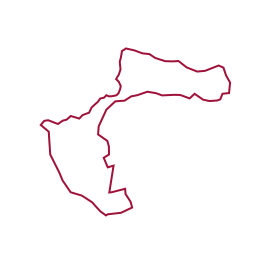 Milia Pafou, Paphos, Cyprus (Natural Earth projection), rotated 200°
{"feature_id": "46923920B8918300424858", "entity_name": "Milia Pafou", "entity_type": "district", "adm_level": 2, "iso_a3": "CYP", "parent_name": "Cyprus", "parent_adm1": "Paphos", "projection": "natural_earth1", "projection_center": [32.535, 34.912], "detail": "fine", "context": "isolated", "style": "outline", "palette": "rose", "viewbox_px": 256, "rotation_deg": 200, "n_neighbors": 0, "source": "geoboundaries", "source_scale": "gbopen_adm2", "svg_char_len": 1237}
<svg xmlns="http://www.w3.org/2000/svg" viewBox="0 0 256 256"><g transform="rotate(200 128 128)"><path d="M96.9,54.7L100.3,59.5L107.8,65.2L109.9,69.9L121.3,62.1L123.5,61.0L126.1,74.4L128.7,87.7L133.6,84.1L140.6,91.7L136.8,96.6L139.7,104.2L143.0,108.8L153.9,111.7L156.1,119.5L154.6,137.8L149.1,148.7L140.6,152.5L135.7,158.9L130.5,162.0L122.2,168.7L113.7,170.3L107.1,170.3L96.6,174.7L90.3,176.9L80.2,176.9L77.1,182.9L67.1,180.3L60.7,181.2L53.7,184.3L51.1,186.5L50.9,192.5L45.0,195.4L47.6,205.6L53.7,210.8L53.9,211.0L55.4,212.9L59.0,217.4L64.2,217.7L75.1,208.1L82.3,204.7L93.6,205.0L103.4,208.2L109.0,205.8L116.0,203.5L126.4,203.1L133.2,204.8L139.8,203.1L148.9,203.1L157.2,202.0L157.9,200.9L160.0,198.3L158.8,191.9L158.4,187.4L155.1,180.5L154.9,175.2L155.9,169.9L152.5,168.3L149.2,165.0L148.7,162.2L148.8,157.5L150.0,154.8L154.1,152.3L156.8,151.2L159.5,151.4L161.0,148.2L164.2,146.2L165.3,142.2L166.8,139.5L169.2,134.8L169.8,129.1L175.1,124.6L177.0,120.2L185.9,119.7L188.4,115.0L191.9,112.5L195.2,107.8L205.7,108.0L209.1,106.1L211.0,101.0L201.2,97.4L197.1,88.0L192.0,76.5L177.3,62.6L171.5,56.3L159.9,48.0L148.3,48.7L136.3,45.9L125.7,40.3L118.8,38.3L117.5,40.0L105.6,45.9L96.9,54.7Z" fill="none" stroke="#9f1239" stroke-width="2"/></g></svg>